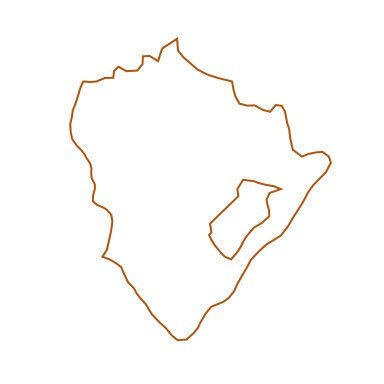 Trikomo, Cyprus, rotated 10°
{"feature_id": "46923920B71155103656071", "entity_name": "Trikomo", "entity_type": "district", "adm_level": 2, "iso_a3": "CYP", "parent_name": "Cyprus", "parent_adm1": "", "projection": "natural_earth1", "projection_center": [33.897, 35.288], "detail": "fine", "context": "isolated", "style": "outline", "palette": "amber", "viewbox_px": 384, "rotation_deg": 10, "n_neighbors": 0, "source": "geoboundaries", "source_scale": "gbopen_adm2", "svg_char_len": 1882}
<svg xmlns="http://www.w3.org/2000/svg" viewBox="0 0 384 384"><g transform="rotate(10 192 192)"><path d="M150.7,43.6L142.5,51.4L137.9,55.6L136.9,60.7L135.9,69.0L126.7,65.4L120.1,66.9L121.1,74.6L117.1,81.9L106.4,84.4L97.7,81.4L94.2,86.5L94.7,93.2L86.5,94.8L78.4,99.9L71.8,101.5L65.7,102.0L64.6,105.9L63.6,111.9L63.0,117.5L61.7,126.7L60.4,132.0L60.7,139.0L60.3,146.5L62.3,154.5L64.9,160.7L69.8,165.7L75.3,169.7L79.6,173.6L82.5,177.2L86.7,181.5L89.0,186.5L89.3,190.1L90.6,195.4L94.9,201.3L95.8,205.3L95.2,212.2L95.8,218.2L100.7,221.2L106.6,222.5L110.8,224.1L116.4,228.4L118.6,234.4L119.0,240.0L119.0,248.2L118.6,255.5L118.3,263.4L115.1,271.4L122.6,272.7L130.8,275.8L135.4,278.4L138.4,283.1L144.5,291.8L151.1,296.5L155.2,301.6L159.8,305.8L165.9,310.4L173.5,319.2L183.2,326.4L189.8,330.5L196.9,336.7L203.6,340.4L212.2,338.3L217.8,331.1L221.4,324.9L222.9,319.2L226.5,309.4L231.0,301.6L241.7,294.9L246.3,290.3L250.4,283.1L252.9,273.8L256.5,264.0L259.0,257.3L261.6,249.0L266.2,241.8L270.2,236.1L274.3,230.9L279.4,226.3L287.0,219.6L292.6,208.8L295.7,200.5L298.7,193.3L302.3,184.5L304.3,178.8L306.4,172.1L310.4,163.9L315.0,157.2L320.6,148.9L323.7,139.1L320.6,133.4L313.5,129.8L307.4,131.4L299.7,134.5L294.1,138.1L284.0,132.9L279.4,122.1L276.8,113.3L273.8,107.7L269.7,96.8L265.6,91.7L259.5,91.7L255.0,99.4L247.8,98.9L238.7,95.8L231.5,97.3L223.4,96.8L218.3,90.6L215.3,84.4L212.2,76.2L197.4,75.2L186.2,73.6L175.9,70.3L160.0,60.7L153.6,55.0L150.7,43.6ZM250.9,170.6L256.0,171.6L263.6,172.1L271.8,172.1L278.9,173.7L268.7,179.4L266.7,186.6L268.7,191.7L271.2,196.9L272.3,202.6L266.2,210.3L259.0,216.5L253.9,225.3L251.4,230.9L249.4,237.7L247.3,242.8L242.2,251.6L235.6,250.0L230.5,246.4L223.9,240.7L219.8,236.1L216.3,231.5L218.1,228.3L215.3,220.1L221.9,210.8L225.0,206.6L228.4,201.9L232.9,195.7L238.4,188.0L236.1,181.4L240.2,171.1L250.9,170.6Z" fill="none" stroke="#b45309" stroke-width="2"/></g></svg>